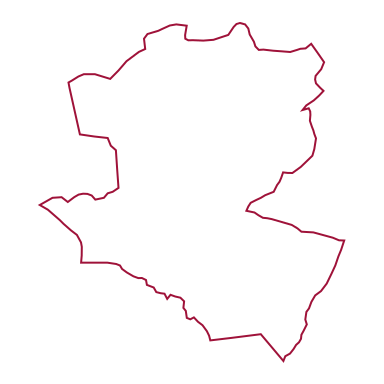 the district of Florânia, Rio Grande do Norte, Brazil
{"feature_id": "56859067B70740339251141", "entity_name": "Florânia", "entity_type": "district", "adm_level": 2, "iso_a3": "BRA", "parent_name": "Brazil", "parent_adm1": "Rio Grande do Norte", "projection": "orthographic", "projection_center": [-36.81, -6.18], "detail": "fine", "context": "isolated", "style": "outline", "palette": "rose", "viewbox_px": 384, "rotation_deg": 0, "n_neighbors": 0, "source": "geoboundaries", "source_scale": "gbopen_adm2", "svg_char_len": 2136}
<svg xmlns="http://www.w3.org/2000/svg" viewBox="0 0 384 384"><path d="M301.0,338.8L301.4,334.8L303.6,330.8L306.8,324.4L305.3,319.5L306.4,311.9L309.0,308.4L311.4,301.9L315.2,295.4L321.0,291.1L326.7,283.6L331.5,273.7L335.3,265.5L338.4,256.4L341.1,249.9L344.2,240.5L339.0,240.3L332.8,237.7L313.4,232.4L301.4,231.7L297.5,228.4L291.7,224.9L271.7,219.1L267.2,218.2L262.9,217.8L258.4,215.2L254.5,212.5L246.4,210.8L248.3,206.5L250.7,202.8L256.0,200.1L260.9,197.8L265.2,195.2L273.7,191.8L277.1,185.0L279.5,181.8L281.2,177.9L283.1,172.4L287.5,172.9L292.4,173.0L300.8,166.9L312.4,155.7L314.3,149.1L316.0,138.4L314.3,133.9L313.4,130.5L311.9,126.7L309.9,120.8L310.4,114.9L310.2,111.4L308.7,108.3L302.6,110.0L306.3,105.4L310.2,102.8L313.8,100.4L319.2,95.5L323.5,90.9L320.3,87.9L316.0,83.4L315.1,79.5L315.6,75.9L321.2,69.2L324.1,62.2L317.3,52.4L313.6,47.2L311.2,43.8L305.6,48.4L300.3,48.8L297.1,49.9L290.2,52.0L281.4,51.3L273.0,50.7L263.4,49.6L258.8,49.9L255.4,46.4L253.9,41.7L249.7,34.5L248.3,28.5L245.1,24.4L239.9,23.0L236.5,24.0L233.7,26.9L228.3,34.9L213.5,39.8L203.4,40.6L192.9,40.2L188.3,40.3L185.3,38.7L185.1,35.1L186.7,25.7L176.3,24.4L169.8,25.5L162.3,28.9L158.3,30.8L147.5,34.0L144.0,38.7L145.2,49.0L138.9,51.9L126.5,61.2L118.5,70.5L110.2,78.9L94.9,74.2L83.8,74.2L78.4,76.5L71.7,80.7L68.5,82.5L69.5,87.9L79.9,134.4L94.3,136.5L107.7,138.0L110.8,145.7L115.9,150.2L117.2,169.8L118.5,187.9L112.7,191.8L107.7,193.3L103.9,197.8L95.3,199.6L91.7,195.5L87.4,193.9L83.1,193.7L78.6,194.6L74.3,197.1L67.8,202.0L61.6,197.2L52.5,197.8L39.8,205.0L48.0,209.8L59.7,220.0L63.5,223.8L71.0,230.4L76.9,234.9L81.0,242.4L81.8,246.8L81.7,255.6L81.1,262.7L107.6,262.7L116.2,264.0L120.0,265.5L122.1,269.0L126.9,272.5L133.4,276.3L138.3,278.1L141.9,278.0L146.0,280.0L146.9,284.9L153.7,287.5L156.3,292.1L160.6,293.2L164.5,293.7L167.2,298.9L170.5,294.8L175.2,296.5L180.4,297.7L184.1,301.3L183.4,307.9L185.8,310.9L186.8,317.9L190.3,319.3L193.9,317.4L198.0,321.8L202.5,325.2L206.9,331.2L209.1,335.7L210.3,340.4L231.4,337.9L260.8,334.2L283.4,361.0L285.3,356.2L290.0,353.6L293.6,349.0L296.1,344.9L299.0,342.3L301.0,338.8Z" fill="none" stroke="#9f1239" stroke-width="2"/></svg>